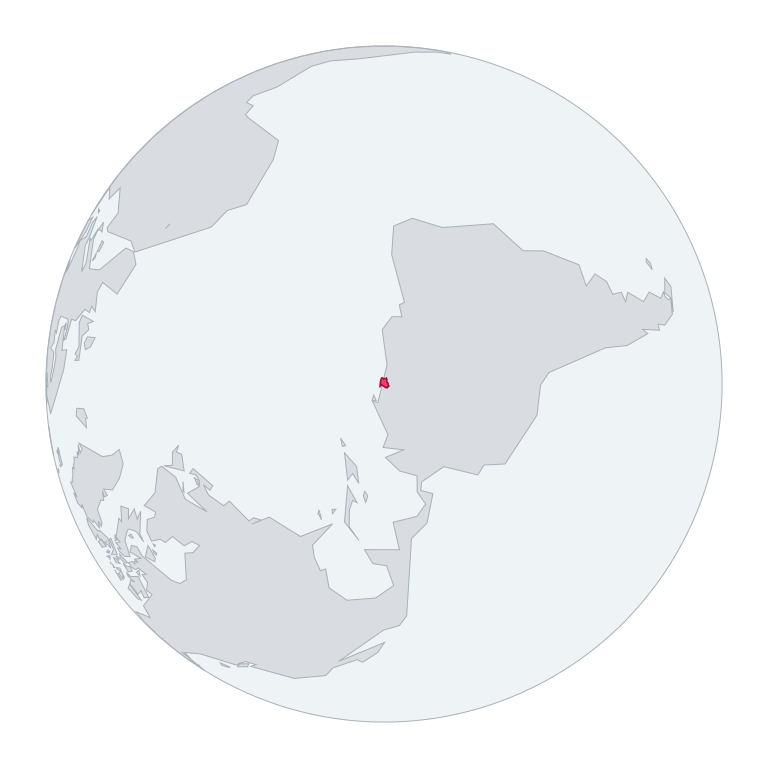 the Earth from above Barima-Waini, rotated 246°
{"feature_id": "GUY-675", "entity_name": "Barima-Waini", "entity_type": "Region", "adm_level": 1, "iso_a3": "GUY", "parent_name": "Guyana", "parent_adm1": "", "projection": "orthographic", "projection_center": [-59.909, 7.754], "detail": "fine", "context": "on_globe", "style": "filled", "palette": "rose", "viewbox_px": 768, "rotation_deg": 246, "n_neighbors": 0, "source": "natural_earth", "source_scale": "10m", "svg_char_len": 9665}
<svg xmlns="http://www.w3.org/2000/svg" viewBox="0 0 768 768"><g transform="rotate(246 384 384)"><circle cx="384" cy="384" r="338" fill="#eef3f6" stroke="#a8b0b8"/><path d="M198.8,101.4L204.5,98.1L210.9,94.3L212.2,93.0L219.1,89.1L220.9,88.0L232.6,81.9L237.3,79.9L242.6,77.4L243.2,76.8L249.2,74.1L251.6,73.1L250.1,74.1L264.7,67.9L276.7,65.0L265.7,75.4L279.2,74.1L286.0,86.4L292.2,83.2L298.8,87.3L308.4,85.5L306.9,89.3L315.9,84.7L315.4,81.7L319.2,78.9L324.9,77.8L324.0,82.1L321.0,83.3L323.7,84.1L320.8,86.9L325.4,85.0L323.6,91.0L333.8,83.7L339.3,87.6L335.9,92.0L325.4,93.1L291.3,109.8L284.6,116.5L285.6,123.8L310.5,133.3L307.6,140.9L311.6,149.9L318.2,144.4L317.4,135.6L330.7,128.8L328.1,120.0L333.2,116.3L335.0,107.6L346.4,107.6L356.5,112.7L355.6,120.3L360.0,123.2L370.4,115.5L377.8,130.6L398.6,142.8L399.3,147.5L383.5,155.8L359.6,155.6L339.1,170.4L364.2,160.1L365.4,173.6L370.6,176.0L377.4,175.3L381.5,170.2L384.4,175.2L360.7,186.2L357.7,181.8L365.3,178.0L354.0,178.6L338.0,188.0L339.9,195.1L313.8,204.9L314.8,210.5L309.7,216.4L309.8,206.5L309.1,225.0L278.7,245.6L277.1,280.1L265.8,253.1L254.0,249.8L239.3,250.0L238.7,255.5L220.1,250.9L201.5,262.2L191.9,289.4L196.0,310.9L216.9,312.5L224.5,300.7L240.6,298.8L226.3,330.7L254.0,336.1L249.7,360.4L257.4,373.3L271.9,370.4L286.7,376.8L298.2,362.9L316.3,355.5L315.8,375.3L326.4,357.3L336.1,367.0L372.6,366.5L369.6,371.0L400.2,394.5L434.3,404.4L442.3,418.7L438.1,427.7L450.1,430.1L450.3,435.9L499.0,443.6L524.4,457.1L523.9,477.2L503.2,501.0L485.9,549.1L449.1,565.3L440.7,583.9L413.6,610.6L391.3,608.6L398.7,621.5L387.1,629.0L372.9,629.4L371.4,638.1L360.9,638.2L368.6,644.0L353.6,654.7L360.1,663.6L349.7,671.7L354.4,676.7L349.7,676.4L345.3,678.1L345.6,680.7L330.3,675.7L323.6,664.4L327.3,658.8L321.1,657.6L328.7,642.5L322.7,645.5L320.3,621.5L327.0,601.2L327.4,539.4L319.4,526.6L293.3,511.1L261.7,462.0L269.3,442.4L262.8,432.7L284.2,405.0L279.2,378.4L271.7,374.4L264.0,384.1L239.4,366.7L231.7,346.3L162.8,310.3L157.1,299.8L159.4,283.5L149.1,229.9L147.7,279.4L141.3,269.2L138.5,251.3L143.1,247.3L145.4,222.0L141.4,212.2L151.5,182.3L180.2,147.4L179.6,153.0L186.6,144.9L187.7,137.9L186.8,135.4L212.3,106.2L219.8,92.6L210.8,95.8L221.7,90.1L197.1,102.7L195.6,103.5L198.8,101.4ZM274.1,291.8L305.9,309.4L286.6,311.1L290.5,308.0L282.7,300.9L267.7,294.2L251.2,297.5L274.1,291.8ZM291.1,273.0L285.4,271.6L291.1,271.5L291.1,273.0ZM185.2,135.2L187.0,138.3L183.5,146.6L181.2,144.3L185.2,135.2ZM193.0,121.3L195.8,121.0L187.8,128.5L188.7,126.3L193.0,121.3ZM202.9,99.7L203.0,100.4L200.5,101.2L202.9,99.7ZM328.6,108.4L331.7,108.0L329.7,109.8L328.6,108.4ZM326.4,105.2L321.9,107.5L320.2,106.4L323.0,105.0L326.4,105.2ZM332.4,102.7L317.8,104.2L314.9,102.3L323.2,95.6L332.4,102.7ZM312.8,81.2L313.6,84.4L307.8,82.9L312.8,81.2ZM308.2,81.1L284.7,82.3L286.4,77.9L293.9,78.0L291.9,73.7L304.3,70.7L308.1,72.5L304.6,75.7L312.0,72.3L308.2,81.1ZM320.3,77.7L315.4,78.0L316.5,74.0L326.5,72.7L322.9,74.3L320.3,77.7ZM285.3,74.3L287.9,71.6L298.6,68.3L301.1,66.9L304.7,70.3L285.3,74.3ZM325.6,74.7L331.6,72.2L336.2,73.3L325.1,77.1L325.6,74.7ZM312.6,73.7L313.6,71.9L316.3,72.4L312.6,73.7ZM355.9,77.0L350.0,76.8L350.1,74.6L355.9,77.0ZM333.5,71.2L331.9,70.9L331.2,70.2L336.0,68.9L333.5,71.2ZM312.0,68.1L315.9,67.5L311.1,66.4L318.9,64.5L319.9,67.4L322.7,65.3L325.1,64.8L323.3,67.8L312.0,68.1ZM339.0,65.6L342.9,69.6L353.8,70.0L354.0,71.8L336.5,70.9L339.0,65.6ZM329.9,66.6L335.6,66.3L333.0,68.4L327.5,69.8L329.9,66.6ZM323.9,62.3L311.6,64.5L311.8,63.9L323.9,62.3ZM342.7,65.3L341.6,64.4L343.7,65.1L342.7,65.3ZM330.2,62.6L325.8,63.3L326.2,62.6L330.2,62.6ZM343.2,62.3L344.5,63.4L340.8,64.3L343.2,62.3ZM337.7,62.1L339.2,60.9L338.7,63.9L335.6,62.5L337.7,62.1ZM331.2,61.8L330.0,61.6L333.0,61.6L331.2,61.8ZM356.4,58.9L356.7,62.5L348.6,64.2L349.4,60.3L356.4,58.9ZM356.6,685.8L332.0,677.5L345.5,681.4L352.9,677.5L366.5,683.5L356.6,685.8ZM379.3,675.5L389.0,673.2L391.9,674.6L385.8,676.5L379.3,675.5ZM653.7,180.4L654.8,185.7L644.3,173.6L634.6,157.9L633.7,156.4L653.7,180.4ZM622.2,144.3L620.4,142.5L613.4,135.9L622.2,144.3ZM611.4,134.0L616.7,139.4L621.1,143.3L625.1,147.7L621.4,144.6L618.0,141.0L616.2,140.4L632.6,158.9L638.8,164.9L639.7,172.1L650.0,183.3L653.6,190.1L637.4,174.1L632.0,167.4L609.6,153.5L615.5,160.9L636.9,175.0L634.4,174.7L642.4,186.6L634.2,177.4L609.2,161.7L604.0,170.4L613.2,203.5L606.8,208.9L594.1,206.1L574.7,176.7L591.2,168.4L584.6,159.5L567.5,149.6L573.9,148.5L569.0,144.0L573.9,141.1L567.3,128.0L570.3,124.9L554.7,111.9L554.1,109.0L563.5,117.2L571.6,121.9L577.3,116.5L574.6,113.1L564.0,105.5L566.9,105.7L555.9,99.2L552.8,94.3L547.3,95.3L534.7,88.2L525.7,81.8L520.6,80.1L535.2,90.8L541.9,95.1L549.3,98.2L566.7,112.3L567.5,116.2L545.6,103.4L544.4,108.1L527.8,97.5L498.5,72.7L492.9,67.6L511.2,71.4L520.0,75.4L517.8,75.7L531.8,81.0L525.0,77.8L527.4,78.5L515.9,73.2L517.1,73.5L504.1,68.5L504.3,68.3L512.5,71.5L505.0,68.5L528.1,78.4L550.5,89.9L571.8,103.1L592.2,117.8L611.4,134.0ZM679.6,220.2L682.7,225.9L676.8,215.7L684.2,228.8L694.5,250.8L703.3,273.4L710.4,296.6L715.8,320.2L719.6,344.2L721.6,368.3L721.8,392.6L720.3,416.8L717.1,440.8L712.2,464.6L705.6,487.9L697.3,510.7L687.4,532.8L675.9,554.2L663.0,574.7L657.9,579.6L665.5,567.7L674.8,546.9L691.1,493.9L700.9,466.5L703.8,446.9L698.8,407.0L700.5,381.8L697.1,372.9L691.4,377.7L686.5,367.1L682.2,368.4L649.3,386.6L634.1,374.2L603.9,331.5L606.2,311.2L597.6,290.2L605.8,210.1L617.6,211.0L635.5,193.6L639.5,194.8L648.3,210.6L670.5,222.8L664.8,208.1L674.0,213.0L673.2,209.2L657.6,185.6L679.6,220.2ZM614.8,247.5L617.4,253.8L614.8,247.5ZM373.7,366.3L378.0,370.1L372.1,370.2L373.7,366.3ZM283.3,319.1L290.3,319.7L293.8,322.8L288.3,323.7L283.3,319.1ZM343.9,320.5L352.2,322.4L343.3,323.9L343.9,320.5ZM311.0,311.7L337.2,319.9L319.8,325.4L303.4,320.5L315.1,319.0L311.0,311.7ZM286.5,284.1L290.7,285.6L289.1,289.1L286.5,284.1ZM295.2,273.1L293.4,273.4L291.6,270.4L295.2,273.1ZM366.8,172.9L368.8,172.2L375.5,172.7L371.8,174.9L366.8,172.9ZM407.9,163.2L411.6,171.6L406.4,166.6L402.2,170.6L385.9,166.1L398.8,149.7L395.8,157.6L407.9,163.2ZM367.8,156.9L376.7,160.7L366.5,157.3L367.8,156.9ZM536.9,125.2L543.0,126.7L547.7,132.2L543.8,138.9L537.1,130.7L536.9,125.2ZM550.6,127.8L529.8,114.8L531.3,111.1L534.0,115.2L537.1,114.0L542.2,120.5L564.0,130.6L569.5,136.4L559.4,144.0L559.7,137.9L553.7,136.4L550.6,127.8ZM474.1,97.5L465.2,94.4L480.1,89.8L486.8,93.5L483.4,99.7L473.6,99.1L474.1,97.5ZM349.8,91.7L345.4,92.5L345.6,91.1L349.6,89.1L349.8,91.7ZM353.2,77.1L369.2,87.1L365.0,88.3L379.5,94.0L374.0,99.8L364.8,95.7L371.4,105.0L360.9,103.6L366.7,109.9L346.8,100.2L337.6,100.2L349.9,97.8L355.2,92.3L354.7,90.0L346.6,83.7L329.5,81.9L332.0,77.1L338.3,74.3L342.8,73.9L339.8,76.9L348.0,74.3L347.0,78.6L353.2,77.1ZM411.0,56.3L405.5,57.7L421.8,57.7L421.0,60.0L422.9,59.9L426.6,62.4L434.4,65.5L432.4,66.5L436.3,67.4L438.8,69.4L443.4,71.0L441.5,73.8L447.1,76.3L443.0,76.3L453.1,79.9L444.7,78.6L447.2,81.8L454.0,81.4L432.2,97.2L429.6,106.5L431.9,115.5L417.2,113.3L405.6,104.1L397.6,92.9L402.2,85.0L394.7,86.0L394.7,82.7L400.7,83.2L391.6,80.5L393.1,78.1L386.0,71.2L371.8,69.9L368.9,67.8L375.2,67.2L367.8,65.6L377.7,63.2L375.8,61.9L383.7,58.7L397.0,59.1L393.9,57.6L399.7,55.8L411.0,56.3ZM359.0,58.0L375.1,56.7L382.5,57.8L365.7,63.0L366.1,64.6L355.5,69.1L345.0,67.7L349.0,66.5L350.4,65.0L353.1,66.0L352.0,64.2L357.4,62.6L358.0,60.9L363.1,60.8L359.0,58.0ZM637.5,188.1L639.4,187.8L640.9,185.8L646.0,193.7L637.5,188.1ZM620.8,177.4L621.5,175.6L629.5,184.8L627.5,185.6L620.8,177.4ZM615.1,167.4L620.9,174.8L616.6,171.2L615.1,167.4ZM563.5,115.6L563.5,113.8L566.1,115.4L569.3,118.5L563.5,115.6ZM459.1,60.3L454.9,60.1L453.2,59.4L441.2,57.4L440.9,56.0L448.0,56.7L459.1,60.3ZM657.7,185.9L661.9,192.1L660.3,190.0L659.2,188.3L657.7,185.9ZM656.7,192.7L660.1,194.5L658.0,194.9L656.7,192.7ZM456.8,58.5L451.9,57.7L454.8,57.6L456.8,58.5ZM440.0,55.0L442.3,54.6L439.4,55.6L440.0,55.0ZM461.9,55.2L464.4,55.8L476.5,59.0L482.0,60.6L481.2,60.4L462.5,55.4L453.6,53.3L461.9,55.2ZM434.8,50.9L439.9,51.9L437.4,51.8L434.8,50.9Z" fill="#d9dde1" stroke="#a8b0b8" stroke-width="1"/><path d="M383.1,382.4L383.3,382.3L383.4,382.2L383.5,381.9L383.5,381.7L383.7,381.4L383.8,381.3L384.1,381.3L384.2,381.2L384.4,381.2L384.5,381.1L384.5,380.9L384.3,380.5L383.7,379.8L383.3,379.3L383.5,379.3L383.9,379.7L384.2,380.2L384.4,380.4L384.6,380.5L384.9,380.5L385.0,380.6L385.3,380.8L385.5,380.9L385.7,381.0L385.8,381.1L386.1,381.2L386.3,381.3L386.8,381.8L386.6,381.6L386.4,381.4L386.2,381.2L385.8,381.0L385.2,380.6L384.9,380.5L384.8,380.4L384.7,380.2L384.8,380.1L385.0,380.2L385.2,380.3L385.4,380.4L385.5,380.5L386.1,380.9L386.7,381.1L387.3,381.6L388.3,382.2L388.7,382.5L388.8,382.5L389.2,383.0L390.0,383.8L390.3,384.1L390.5,384.3L390.6,384.5L390.3,384.9L390.1,385.1L389.2,385.5L388.8,385.9L388.8,386.0L388.7,386.0L388.9,386.3L388.9,386.5L388.7,386.7L388.6,386.8L388.3,387.8L388.3,388.0L388.4,388.5L388.1,388.4L387.8,388.3L387.7,388.3L387.6,388.6L387.4,388.7L387.2,388.7L386.9,388.6L386.7,388.5L386.0,388.0L385.9,387.9L385.3,387.8L384.5,387.3L384.4,387.3L384.1,387.4L384.0,387.5L383.9,387.7L383.8,387.8L383.7,387.8L383.4,387.8L383.2,387.8L383.1,388.0L382.7,388.0L382.6,387.9L382.4,387.9L382.2,387.9L382.1,387.7L381.9,387.6L381.7,387.6L381.4,387.5L381.3,387.4L381.2,387.4L380.9,387.4L380.7,387.3L380.5,387.5L380.3,387.7L379.9,387.4L379.7,387.1L379.8,386.8L379.9,386.7L380.0,386.6L379.9,386.5L379.9,386.4L379.8,386.2L379.7,386.1L379.6,385.9L379.4,385.8L379.2,385.5L379.2,385.4L379.3,385.2L379.5,385.1L379.7,384.8L379.8,384.8L379.8,384.7L380.0,384.7L380.0,384.4L380.0,384.2L380.2,383.9L380.3,383.7L380.5,383.6L381.0,383.6L381.3,383.6L381.5,383.3L381.6,383.2L381.9,383.0L382.0,382.9L382.4,382.7L382.5,382.6L382.7,382.4L382.8,382.3L383.1,382.4Z" fill="#f43f5e" stroke="#9f1239" stroke-width="1.5"/></g></svg>